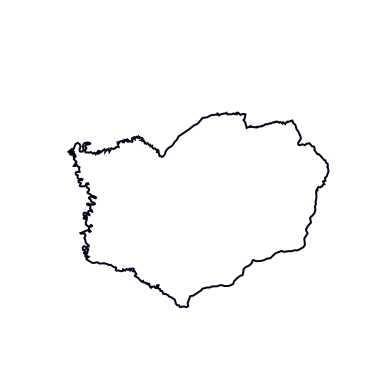 the district of Mae Sai, Chiang Rai, Thailand, rotated 219°
{"feature_id": "78962969B11376495373152", "entity_name": "Mae Sai", "entity_type": "district", "adm_level": 2, "iso_a3": "THA", "parent_name": "Thailand", "parent_adm1": "Chiang Rai", "projection": "mercator", "projection_center": [99.929, 20.361], "detail": "fine", "context": "isolated", "style": "outline", "palette": "ink", "viewbox_px": 384, "rotation_deg": 219, "n_neighbors": 0, "source": "geoboundaries", "source_scale": "gbopen_adm2", "svg_char_len": 6008}
<svg xmlns="http://www.w3.org/2000/svg" viewBox="0 0 384 384"><g transform="rotate(219 192 192)"><path d="M312.4,149.9L313.3,145.4L312.5,145.4L311.4,146.4L310.6,148.5L309.1,148.8L308.8,147.7L310.7,146.1L310.4,144.7L309.2,144.9L307.7,147.7L305.6,147.0L305.5,146.3L306.8,145.6L306.5,145.0L304.7,145.7L304.9,143.8L304.4,143.1L300.8,142.7L300.2,137.9L299.1,138.7L299.3,140.9L297.0,140.0L295.0,140.4L294.4,138.9L292.0,136.9L294.3,134.9L294.4,133.9L293.7,132.9L292.8,132.5L291.2,133.1L290.0,131.2L289.1,130.8L287.7,131.1L286.2,132.7L285.1,132.9L284.9,132.1L287.0,130.0L287.1,129.1L286.2,128.3L283.9,128.9L283.1,126.2L281.9,126.5L279.2,128.7L278.9,129.9L279.4,132.2L278.2,133.4L277.4,133.0L278.3,131.8L278.2,130.1L276.6,129.5L273.8,129.6L273.0,128.2L273.2,126.0L272.3,125.5L269.8,126.3L267.8,126.0L264.1,127.5L263.0,127.3L263.0,126.4L267.1,125.1L268.1,124.4L268.5,123.2L268.1,122.2L266.1,122.4L264.6,121.2L260.7,122.0L259.9,121.6L260.6,120.0L262.6,119.2L264.0,117.8L265.4,117.8L266.1,116.9L265.7,116.2L265.1,116.1L262.3,117.8L260.9,115.0L257.8,114.5L257.2,113.9L259.8,113.0L260.5,111.7L259.6,110.2L257.5,110.1L257.1,109.5L260.4,108.5L261.4,109.0L262.4,108.5L262.8,107.7L262.1,106.0L261.0,105.6L258.8,106.9L258.0,106.4L259.9,104.9L259.9,103.6L258.8,103.2L257.2,104.9L256.5,104.8L255.5,101.5L253.9,99.9L250.4,99.9L249.7,102.8L248.5,103.0L248.3,102.4L249.4,100.3L249.3,98.9L248.8,98.3L246.0,97.5L246.5,96.4L248.7,96.9L249.3,96.3L252.8,89.8L252.2,89.7L249.6,92.0L248.1,91.8L247.2,91.0L246.7,88.5L244.6,87.5L243.3,86.1L241.2,85.5L238.5,85.5L237.9,84.7L239.0,83.6L239.3,82.6L241.8,82.1L242.1,80.7L241.8,79.7L240.3,78.5L239.1,78.7L238.3,82.0L236.6,82.2L235.4,79.3L237.7,78.4L237.7,76.7L236.8,76.3L234.9,77.5L235.0,75.7L234.4,75.0L232.6,76.5L231.5,76.6L232.5,74.2L231.5,73.3L225.3,74.1L223.5,75.1L221.6,77.7L218.8,78.2L215.4,81.3L212.7,82.6L210.9,82.8L209.5,84.2L205.5,84.5L203.4,85.5L202.0,83.4L201.1,83.4L199.8,84.7L197.1,85.9L196.1,87.1L196.8,88.5L194.5,88.9L194.4,91.0L193.2,91.1L192.2,92.8L191.2,91.8L190.5,92.0L190.3,92.8L190.9,94.3L189.4,95.5L188.6,95.3L188.0,93.2L186.4,94.3L183.7,93.3L183.4,92.8L184.0,91.7L183.6,90.8L179.8,91.3L174.9,90.6L174.5,90.7L174.1,92.0L172.8,91.2L170.5,92.6L169.7,92.0L168.9,93.0L167.7,92.5L167.3,93.5L166.1,92.4L165.1,92.6L164.5,91.8L163.5,91.8L163.3,93.2L162.0,94.8L160.0,94.4L159.3,95.0L160.5,97.3L159.4,98.5L157.9,96.0L157.1,95.7L155.7,96.4L154.3,95.3L153.0,96.2L150.3,94.9L148.2,96.2L145.6,96.8L144.0,96.3L142.3,97.0L137.7,97.5L133.9,94.9L132.2,94.7L130.6,95.7L129.0,95.0L126.3,97.9L123.8,99.1L123.1,100.9L125.5,102.9L127.8,109.9L125.9,112.1L123.0,121.1L123.0,123.4L120.1,127.4L118.2,128.8L117.0,131.2L113.4,134.3L111.0,137.9L107.4,139.5L104.2,142.2L102.1,146.4L103.1,149.0L102.7,153.5L101.9,156.8L100.4,159.5L103.4,164.8L103.1,167.1L101.5,170.4L101.0,172.5L101.0,174.7L101.8,177.2L101.4,177.8L98.6,178.6L95.0,181.8L93.2,184.4L91.6,187.6L89.5,189.8L88.6,196.8L85.8,201.7L85.2,202.6L83.6,203.0L81.9,204.3L79.9,206.7L77.8,208.1L75.6,211.3L73.1,213.2L70.8,219.0L70.7,220.8L71.4,222.4L75.4,226.4L76.2,232.7L78.9,233.8L80.1,235.0L80.0,236.4L80.6,238.2L80.3,243.1L83.8,246.1L84.1,247.6L83.7,248.2L83.5,252.3L84.5,255.3L87.4,258.3L88.2,260.8L89.5,261.7L91.8,266.1L95.6,270.1L95.4,270.7L96.3,271.4L95.6,272.4L96.6,273.0L96.9,275.6L95.3,276.1L95.1,277.4L94.4,278.4L94.9,279.7L94.0,281.3L96.7,282.4L96.6,283.2L95.3,284.6L97.5,286.6L97.2,289.1L98.9,294.0L101.6,296.3L102.6,296.5L102.6,297.5L104.5,299.4L106.5,299.2L108.2,300.5L109.5,300.0L114.9,301.0L117.7,301.1L118.2,300.3L123.5,301.7L124.2,303.2L126.0,304.0L127.5,303.0L131.1,303.8L131.8,303.5L133.4,301.2L133.7,299.5L136.3,298.5L137.8,296.1L139.1,295.7L140.4,297.0L140.9,301.9L142.7,303.5L147.7,306.0L150.3,306.6L153.7,309.1L157.1,309.4L159.0,310.7L161.5,306.9L162.0,306.8L162.2,305.2L163.0,304.5L162.5,303.4L164.4,303.3L164.5,302.6L165.2,303.2L165.5,302.2L167.6,301.8L167.8,300.8L170.4,300.2L170.7,299.3L171.2,299.2L171.6,298.2L172.2,298.1L172.2,297.3L173.3,296.4L174.0,294.6L174.9,294.3L175.7,292.3L177.2,291.4L178.4,288.3L179.2,287.7L179.0,287.0L180.9,285.3L181.8,283.3L182.2,283.0L182.7,283.4L183.8,281.7L185.6,281.1L187.4,279.3L188.0,280.0L189.8,276.2L194.4,279.6L197.3,280.3L197.3,282.3L199.3,286.0L201.5,284.8L202.9,282.4L206.0,282.6L206.8,282.2L207.1,281.5L206.0,281.0L206.3,280.2L209.1,279.2L210.2,277.3L213.4,274.6L215.0,275.3L215.5,274.1L218.3,271.0L219.2,268.5L220.0,268.3L221.0,269.3L221.7,269.0L221.8,267.4L225.3,264.0L227.4,259.4L230.3,256.3L230.6,248.7L232.5,244.6L233.9,238.2L237.4,226.9L236.6,222.5L237.0,220.4L236.5,215.5L238.1,210.8L238.1,207.4L236.8,203.8L236.9,201.7L237.5,200.3L238.8,200.3L239.8,199.5L242.7,201.6L244.4,201.0L244.6,201.5L243.7,202.0L243.8,202.9L244.3,203.2L245.5,203.1L246.2,202.2L248.2,202.6L249.2,201.4L251.3,201.8L252.0,202.8L253.1,201.3L254.3,202.4L255.2,201.5L257.2,202.0L257.6,200.8L258.5,201.0L259.3,200.1L260.7,201.3L261.5,200.9L261.9,201.4L262.9,200.5L263.3,201.3L264.1,200.7L263.6,202.3L264.6,202.6L266.7,201.7L266.8,201.0L268.5,201.5L268.4,200.9L269.4,200.3L268.9,199.9L269.7,199.8L269.9,199.1L271.1,198.5L269.6,196.9L271.2,196.7L271.7,197.2L272.4,196.0L270.0,193.7L270.1,193.2L271.5,193.0L272.7,191.5L273.6,192.0L273.7,191.1L275.4,192.1L276.0,191.2L275.3,190.4L277.0,190.0L276.4,189.2L276.2,187.7L277.0,187.2L277.4,189.2L279.7,186.1L279.6,184.8L280.4,184.5L279.9,183.8L280.8,183.5L277.3,180.7L279.2,179.5L279.0,178.4L280.1,175.9L282.2,175.3L281.6,171.4L282.7,172.3L283.6,171.8L284.1,172.9L284.6,172.0L284.7,168.7L285.4,169.8L286.9,170.2L287.8,166.4L290.7,165.0L290.7,164.5L289.6,164.0L289.4,165.2L288.0,165.5L289.0,162.6L290.5,163.1L290.9,162.5L290.6,160.7L292.7,161.0L293.1,159.5L295.7,159.4L296.4,158.2L299.8,155.7L301.2,156.8L301.7,159.7L303.5,160.1L304.0,160.8L303.8,162.7L302.8,163.2L302.8,164.5L301.6,164.8L301.5,165.5L302.1,165.8L304.1,165.0L306.1,162.6L306.4,160.6L305.6,158.7L302.6,156.6L302.7,154.3L304.2,153.1L305.1,153.2L306.1,154.2L307.2,157.1L309.2,158.4L311.6,158.4L312.7,156.1L310.9,150.3L311.3,149.6L312.4,149.9Z" fill="none" stroke="#020617" stroke-width="2"/></g></svg>